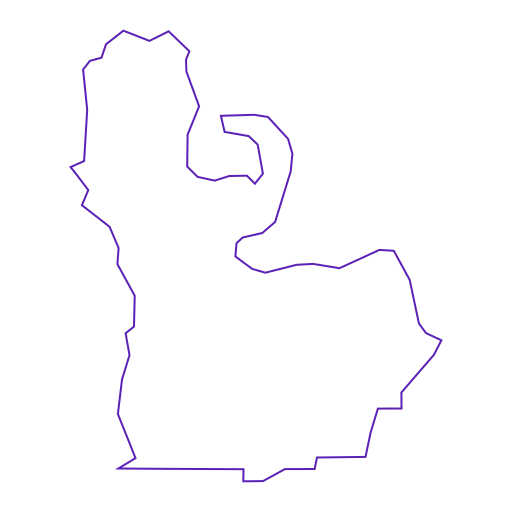 Pointe Coupee, Louisiana, United States of America
{"feature_id": "52423323B80007668106022", "entity_name": "Pointe Coupee", "entity_type": "district", "adm_level": 2, "iso_a3": "USA", "parent_name": "United States of America", "parent_adm1": "Louisiana", "projection": "orthographic", "projection_center": [-91.606, 30.751], "detail": "fine", "context": "isolated", "style": "outline", "palette": "violet", "viewbox_px": 512, "rotation_deg": 0, "n_neighbors": 0, "source": "geoboundaries", "source_scale": "gbopen_adm2", "svg_char_len": 1009}
<svg xmlns="http://www.w3.org/2000/svg" viewBox="0 0 512 512"><path d="M118.4,468.5L158.4,468.8L243.5,469.2L243.3,481.3L263.0,481.1L284.9,469.1L314.6,469.0L317.0,457.5L365.5,456.9L370.6,432.6L377.9,408.6L401.5,408.5L401.4,392.5L433.9,354.8L441.4,340.3L426.0,333.1L418.9,323.4L409.7,279.9L393.8,250.8L379.4,249.9L339.5,268.2L313.1,263.9L296.5,264.8L265.4,272.7L252.2,268.9L235.4,256.5L236.5,243.2L242.7,237.5L262.3,233.0L275.1,222.0L290.7,171.4L292.4,153.8L288.1,138.9L268.0,117.0L254.3,114.8L220.9,115.8L224.6,131.9L248.7,136.1L257.7,144.6L262.9,173.7L254.9,183.7L246.9,175.7L229.3,176.0L214.6,180.6L197.6,176.9L187.2,166.6L187.6,134.7L199.1,106.3L186.4,71.5L186.0,59.7L189.4,51.3L168.6,31.3L149.4,40.9L123.4,30.7L106.0,44.3L101.5,57.7L89.9,60.9L83.1,69.5L87.2,109.8L84.1,161.0L70.6,167.1L76.2,174.1L88.3,190.1L81.9,205.2L109.6,226.8L118.6,248.0L117.4,264.1L134.7,295.7L134.0,326.6L125.6,333.2L129.5,355.2L122.0,379.5L117.9,414.0L135.5,458.1L118.4,468.5Z" fill="none" stroke="#5b21b6" stroke-width="2"/></svg>